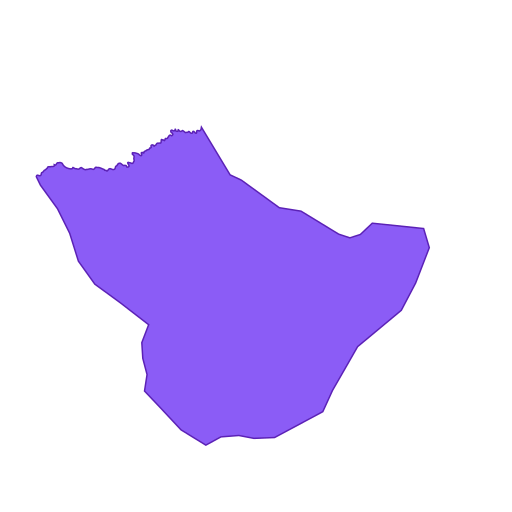 outline of Cenxermandal, Hentiy, Mongolia, rotated 64°
{"feature_id": "93677404B41440940318448", "entity_name": "Cenxermandal", "entity_type": "district", "adm_level": 2, "iso_a3": "MNG", "parent_name": "Mongolia", "parent_adm1": "Hentiy", "projection": "equal_earth", "projection_center": [108.512, 47.906], "detail": "fine", "context": "isolated", "style": "filled", "palette": "violet", "viewbox_px": 512, "rotation_deg": 64, "n_neighbors": 0, "source": "geoboundaries", "source_scale": "gbopen_adm2", "svg_char_len": 4839}
<svg xmlns="http://www.w3.org/2000/svg" viewBox="0 0 512 512"><g transform="rotate(64 256 256)"><path d="M108.1,357.8L107.5,358.6L106.6,360.3L106.1,360.8L106.0,361.2L106.1,361.9L106.4,362.2L106.6,362.7L106.8,363.2L106.8,363.6L106.9,363.9L106.8,364.4L106.4,364.8L105.4,365.9L104.9,366.8L104.6,368.1L104.4,369.4L104.1,369.7L103.8,370.6L103.9,371.1L103.2,372.1L102.2,372.9L100.6,373.8L99.9,374.3L99.8,374.8L99.9,375.8L100.2,377.0L100.1,377.6L99.6,378.3L98.8,379.2L98.2,380.3L97.2,381.0L96.8,381.2L96.4,381.5L96.2,381.8L96.3,382.0L96.6,382.1L96.9,383.0L96.6,384.1L95.4,385.9L93.6,387.7L92.0,388.7L90.1,389.4L87.8,389.6L87.2,389.9L86.3,390.8L86.0,391.3L85.8,391.9L85.8,392.3L85.5,392.9L85.3,393.2L85.2,393.6L85.3,394.1L85.5,394.6L85.8,395.0L86.3,395.9L86.3,396.5L86.0,396.9L85.5,397.3L86.5,397.7L86.7,398.2L86.7,398.7L86.5,399.4L86.1,400.3L85.7,401.2L85.7,401.6L85.0,402.9L84.7,403.8L84.8,404.1L85.0,404.5L85.3,404.8L85.6,405.3L85.7,405.9L86.0,406.8L86.2,407.8L86.2,408.7L86.5,409.4L86.9,410.2L87.2,411.1L87.2,412.2L87.5,412.6L87.9,412.9L88.6,413.3L89.0,413.9L89.2,414.4L89.1,414.9L88.9,415.5L87.9,416.5L87.5,417.1L87.5,417.6L87.6,417.9L88.2,418.5L88.4,418.7L97.9,418.7L126.5,413.7L153.9,413.5L182.8,417.9L210.7,413.2L238.5,398.5L270.7,382.6L283.8,396.6L298.3,402.6L314.8,405.9L328.5,415.4L351.0,408.3L379.4,399.6L404.0,384.0L403.2,366.8L409.8,350.1L419.0,337.8L427.3,318.9L425.2,264.2L410.3,246.1L396.5,225.7L382.0,204.4L368.5,149.2L350.3,124.4L324.5,96.6L304.8,93.3L277.5,137.1L282.4,152.8L280.8,163.7L272.6,172.1L235.4,195.9L222.8,213.9L181.4,235.9L171.7,243.7L116.3,248.6L117.4,249.4L118.0,249.8L118.5,250.5L118.8,251.4L118.8,252.0L118.7,252.2L118.2,252.7L117.6,253.4L117.5,253.9L117.6,254.3L117.8,254.6L118.2,254.9L118.6,255.0L119.0,255.2L119.4,255.6L119.4,256.1L119.2,256.4L118.7,256.7L118.0,256.9L117.3,257.1L116.7,257.3L116.5,257.6L116.4,258.0L116.5,258.3L117.0,258.7L117.4,259.1L117.6,259.5L117.5,260.0L117.2,260.5L116.4,261.0L115.5,261.3L115.1,261.4L114.7,261.7L114.6,261.8L114.6,262.1L114.8,262.6L114.9,263.1L114.7,263.5L114.6,264.0L114.4,264.3L114.3,264.6L114.2,265.0L114.1,265.4L113.5,265.7L112.8,266.0L111.8,266.5L111.3,266.8L111.1,266.9L111.1,267.3L111.1,267.9L111.2,268.7L111.0,269.2L110.6,269.6L110.0,270.1L109.3,270.1L108.8,270.3L108.5,270.4L108.4,270.5L108.6,270.8L108.9,270.9L109.3,271.1L109.5,271.4L109.5,272.0L109.1,272.6L108.7,273.1L108.4,273.2L107.8,273.1L107.4,272.9L107.1,272.9L106.8,272.9L106.7,273.0L107.4,273.8L107.6,274.5L107.6,274.9L107.2,275.5L106.7,275.9L106.1,276.3L105.8,276.8L105.9,277.3L106.1,277.7L106.4,277.9L107.0,278.0L107.9,278.1L108.2,277.9L108.3,277.7L108.5,277.5L109.6,277.3L110.2,277.4L110.5,277.7L110.8,278.4L111.0,279.0L110.4,279.5L109.9,279.8L109.7,280.2L109.6,280.7L109.7,281.2L109.9,281.6L110.1,282.0L110.5,282.5L110.7,283.1L111.3,283.8L111.4,284.3L111.3,284.8L111.0,285.3L110.7,285.7L110.7,286.0L110.9,286.2L111.3,286.6L111.8,287.1L112.1,287.6L112.1,287.8L111.4,288.2L111.0,288.5L110.9,288.6L111.0,288.9L110.8,289.0L110.2,289.5L109.9,289.8L110.0,290.1L110.3,290.4L111.0,290.7L111.7,291.2L112.2,291.5L112.4,291.7L112.6,292.0L112.6,292.5L112.2,293.2L111.8,294.3L111.4,295.1L111.4,295.8L111.7,296.4L112.1,296.9L112.3,297.3L112.3,297.9L112.4,298.6L112.6,299.1L112.6,299.4L112.5,299.5L112.4,299.5L111.8,299.6L111.4,299.7L111.0,300.0L110.7,300.4L110.5,301.1L110.6,301.6L110.7,301.8L111.0,302.1L111.5,302.3L112.4,302.6L112.6,303.0L112.6,303.6L112.4,304.2L112.7,304.5L113.3,305.5L113.1,306.2L113.0,306.9L112.9,308.1L113.2,308.5L113.1,309.4L113.1,310.2L113.4,311.2L113.7,311.4L114.1,311.5L114.1,311.8L114.0,312.1L113.7,312.4L113.2,312.6L112.9,313.2L113.0,313.7L113.1,314.0L113.7,314.1L114.6,314.2L115.1,314.4L115.4,314.8L115.5,315.2L115.4,315.5L114.7,316.0L114.4,316.3L114.0,316.5L113.3,316.7L112.7,317.0L112.0,317.6L111.4,318.3L110.7,319.0L109.9,320.1L109.5,321.1L109.2,321.3L109.1,321.6L109.2,322.0L109.6,322.2L110.3,322.5L110.8,322.3L111.8,321.9L112.3,321.8L112.9,321.9L113.6,322.2L114.7,323.0L115.4,323.3L116.1,323.4L117.1,323.8L117.7,324.7L118.4,325.6L118.6,326.2L118.6,326.5L118.1,327.3L117.7,327.6L117.3,328.0L116.8,328.6L116.3,329.3L115.8,329.8L115.8,330.1L115.9,330.4L116.2,330.5L116.8,330.6L117.8,330.5L118.8,330.5L119.6,330.7L120.0,331.6L119.7,332.8L119.5,333.0L119.1,333.1L118.5,333.0L118.1,333.0L117.5,333.4L117.1,334.1L116.9,334.4L116.7,335.3L115.7,336.0L113.9,336.8L113.1,337.3L112.8,337.9L112.6,338.8L112.6,339.2L112.8,339.8L113.4,340.8L113.8,341.5L113.9,342.6L114.1,343.0L114.4,343.3L115.4,344.1L115.9,344.8L116.0,345.3L115.9,346.1L115.3,347.1L115.1,347.3L114.6,347.7L114.3,348.0L113.7,348.6L113.4,349.2L113.3,349.6L113.4,350.3L113.8,351.2L114.3,352.1L114.3,352.5L114.2,352.8L113.8,353.1L113.4,353.2L113.1,353.4L113.0,353.9L112.8,354.3L112.5,354.5L112.0,354.5L111.5,354.7L111.0,355.2L110.4,355.8L109.7,356.3L108.1,357.8Z" fill="#8b5cf6" stroke="#5b21b6" stroke-width="1.5"/></g></svg>